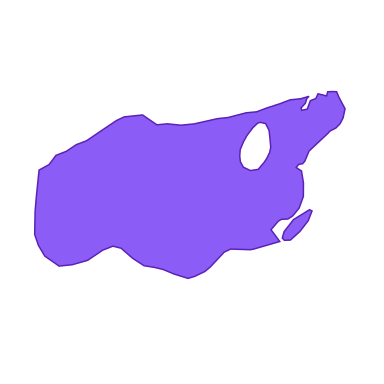 outline of Mundok, P'yŏngan-namdo, North Korea, rotated 174°
{"feature_id": "82179303B50652768805745", "entity_name": "Mundok", "entity_type": "district", "adm_level": 2, "iso_a3": "PRK", "parent_name": "North Korea", "parent_adm1": "P'yŏngan-namdo", "projection": "albers", "projection_center": [125.486, 39.516], "detail": "fine", "context": "isolated", "style": "filled", "palette": "violet", "viewbox_px": 384, "rotation_deg": 174, "n_neighbors": 0, "source": "geoboundaries", "source_scale": "gbopen_adm2", "svg_char_len": 1500}
<svg xmlns="http://www.w3.org/2000/svg" viewBox="0 0 384 384"><g transform="rotate(174 192 192)"><path d="M205.0,106.5L198.1,107.8L187.5,111.6L181.8,115.4L166.3,128.8L159.5,131.2L139.9,128.5L135.9,128.9L109.9,133.6L116.8,145.3L117.4,146.2L109.3,153.9L105.9,155.5L99.4,155.1L94.3,157.7L87.2,164.7L81.7,175.9L80.2,189.4L80.9,201.5L85.8,205.4L83.1,208.3L79.0,208.6L76.6,210.8L71.3,220.5L50.6,236.2L48.4,238.2L42.2,240.6L37.6,244.4L34.0,249.9L31.1,258.8L35.9,270.7L37.7,276.6L41.3,277.2L46.6,277.5L48.1,273.5L56.4,276.5L59.1,272.0L64.7,270.5L68.7,262.4L74.3,261.8L74.7,264.2L70.0,268.4L68.0,273.0L65.6,274.9L74.2,273.4L84.8,273.4L95.4,270.6L108.7,267.8L119.3,265.0L129.9,265.1L148.4,262.3L159.0,262.3L182.9,259.5L196.1,259.6L209.4,262.4L219.9,262.5L233.1,273.8L241.1,273.8L251.6,273.8L259.6,271.0L270.2,265.4L280.9,259.7L291.5,254.0L302.1,251.2L312.7,245.6L323.4,242.7L331.3,234.2L341.8,229.8L347.4,203.1L350.1,188.9L352.9,166.2L350.3,154.9L345.1,143.6L331.9,132.2L318.7,132.2L302.8,135.0L286.9,143.5L276.3,146.4L268.4,143.5L257.9,132.2L247.4,123.7L236.8,120.8L228.9,118.0L218.4,112.3L205.0,106.5ZM116.6,254.1L111.6,252.3L108.9,245.2L108.9,236.7L109.0,228.2L110.7,223.1L114.0,217.8L117.1,214.0L123.8,207.6L131.6,207.2L138.3,211.3L140.7,216.9L140.8,222.6L139.6,229.2L135.4,236.8L131.3,242.6L124.8,249.5L119.4,253.7L116.6,254.1ZM93.9,154.0L104.5,143.0L107.0,136.8L105.2,134.3L99.2,133.9L88.9,141.4L79.4,151.3L74.6,160.6L77.0,162.1L93.9,154.0Z" fill="#8b5cf6" stroke="#5b21b6" stroke-width="1.5"/></g></svg>